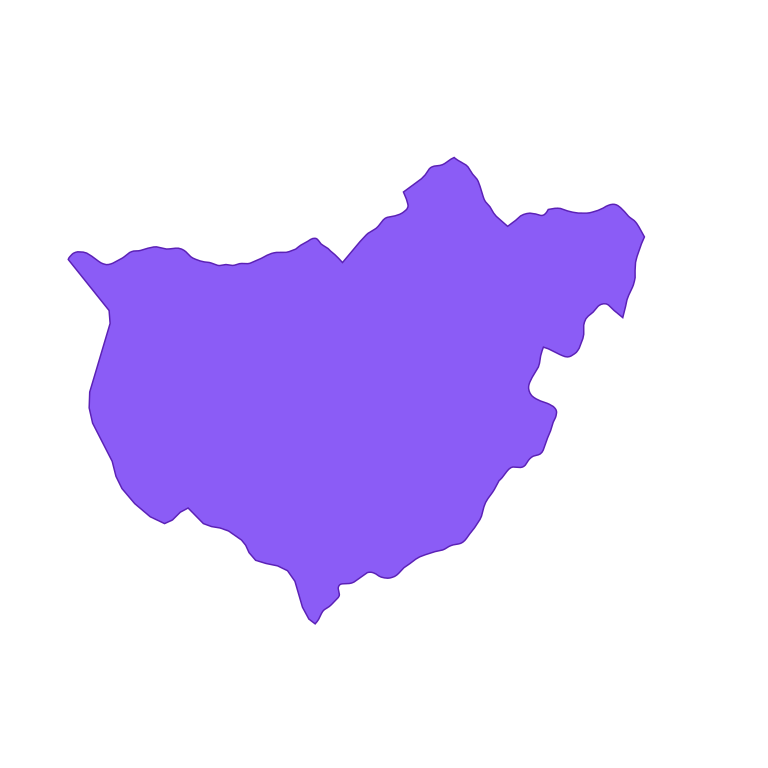 SVG path tracing the border of Severno-Backi, rotated 254°
{"feature_id": "SRB-274", "entity_name": "Severno-Backi", "entity_type": "District", "adm_level": 1, "iso_a3": "SRB", "parent_name": "Republic of Serbia", "parent_adm1": "", "projection": "albers", "projection_center": [19.626, 45.896], "detail": "fine", "context": "isolated", "style": "filled", "palette": "violet", "viewbox_px": 768, "rotation_deg": 254, "n_neighbors": 0, "source": "natural_earth", "source_scale": "10m", "svg_char_len": 4224}
<svg xmlns="http://www.w3.org/2000/svg" viewBox="0 0 768 768"><g transform="rotate(254 384 384)"><path d="M473.2,109.0L517.7,137.4L530.4,140.0L590.7,114.8L591.8,115.6L592.9,117.0L594.7,120.0L595.3,121.5L595.6,123.7L595.5,126.0L593.7,131.2L591.8,134.3L587.4,138.3L580.6,143.5L578.6,145.2L577.0,147.1L575.3,149.9L574.8,152.1L574.7,154.5L574.9,156.8L577.2,167.3L578.0,169.6L580.5,175.7L580.8,177.9L580.8,180.1L579.7,184.7L579.5,186.9L579.6,194.5L579.2,200.4L578.5,203.2L573.7,212.1L573.0,215.0L572.0,221.0L571.2,223.8L569.5,226.6L567.8,228.4L565.9,229.9L559.7,233.3L557.8,234.9L555.7,237.4L552.9,241.3L550.8,245.1L549.0,249.5L547.9,251.3L543.9,256.8L543.3,258.2L543.1,259.1L542.4,265.0L539.7,271.1L539.4,273.1L539.5,278.2L539.1,280.4L537.2,286.3L537.0,288.5L538.6,300.7L540.0,307.1L540.5,312.0L540.4,314.6L540.1,317.0L537.5,326.4L537.4,329.3L538.0,336.3L539.4,339.6L540.4,342.3L542.2,350.0L543.2,353.3L543.5,355.7L543.1,357.8L542.6,358.8L541.8,359.6L540.1,360.5L536.0,362.1L534.1,363.6L529.6,367.6L526.5,369.3L521.9,372.4L517.3,375.0L512.2,377.6L527.5,400.2L532.3,408.2L533.3,410.3L535.2,417.3L535.9,419.5L537.2,421.9L542.0,428.6L543.0,430.9L543.3,433.0L542.6,440.9L542.8,445.9L543.3,448.3L543.8,449.9L545.1,452.9L545.9,454.3L547.6,455.8L549.2,456.4L551.0,456.5L555.5,456.5L563.2,455.6L571.0,476.6L573.7,481.3L578.3,486.8L579.1,488.4L579.5,490.1L579.6,492.3L578.7,498.0L578.7,500.6L579.2,503.1L581.7,510.3L582.4,513.9L581.3,514.6L578.9,516.5L571.9,523.2L569.5,524.6L561.4,527.0L555.4,529.8L552.9,530.4L547.5,530.8L536.4,531.0L533.7,531.2L531.2,531.8L525.2,534.7L518.1,536.5L514.3,538.1L501.5,546.3L505.0,555.6L507.9,561.6L508.5,564.9L508.5,568.2L508.0,571.4L505.6,576.7L502.9,581.0L502.4,582.5L502.5,584.4L503.3,586.2L504.5,587.9L506.5,590.0L505.8,596.5L505.1,599.4L504.1,602.0L499.8,608.1L497.1,612.8L494.7,618.0L492.4,625.8L491.9,628.7L491.8,631.5L491.9,637.5L492.7,643.2L493.6,646.5L493.9,648.9L494.0,651.2L493.7,653.5L493.1,655.2L492.2,656.7L491.0,658.0L488.3,660.0L483.4,662.7L478.0,665.2L476.4,666.2L472.2,669.5L470.5,670.4L468.6,671.2L464.5,672.4L453.6,674.9L447.9,670.2L437.0,662.5L434.5,661.0L431.5,659.3L429.2,658.5L423.8,656.6L417.0,654.7L413.9,653.1L410.6,651.1L408.5,649.5L401.9,643.7L398.0,640.8L391.8,637.5L382.0,631.8L391.3,625.4L398.1,621.5L399.7,619.8L400.6,617.3L400.7,614.6L400.2,612.4L399.6,611.0L395.5,604.9L393.0,599.1L391.1,596.1L388.3,593.8L385.5,592.2L376.7,589.7L372.9,587.7L364.6,581.5L362.9,579.6L361.4,577.6L360.5,575.4L359.4,571.7L359.2,570.1L359.4,568.0L360.4,565.6L362.0,563.4L363.9,561.1L372.6,551.6L375.5,547.4L372.8,545.4L368.0,542.4L361.1,539.2L357.8,537.1L349.5,528.2L345.5,524.6L343.3,523.1L341.6,522.3L339.9,521.8L337.5,521.6L335.2,521.8L333.4,522.3L331.7,523.0L329.7,524.4L327.7,526.2L324.6,529.7L320.5,535.5L319.0,537.3L315.6,540.6L313.5,541.7L312.0,542.2L310.3,542.3L308.9,542.0L306.0,540.6L304.5,539.6L300.6,536.1L293.2,531.3L287.0,526.3L276.5,518.8L274.8,517.0L273.7,514.9L273.4,512.9L273.5,507.7L272.9,505.5L272.0,503.6L270.8,501.8L267.1,497.5L266.4,496.0L266.0,494.4L266.1,492.3L268.7,485.0L268.6,482.9L267.6,480.3L265.9,477.7L261.4,471.7L260.0,469.3L259.5,468.1L252.2,461.0L249.9,458.4L245.2,452.3L242.1,449.0L238.4,446.2L230.1,441.3L227.3,438.9L220.9,431.5L216.3,425.1L212.8,420.7L211.3,418.5L210.2,416.1L209.7,413.9L209.7,411.7L210.3,406.2L210.2,403.8L209.9,401.6L208.6,396.9L208.3,394.6L208.8,386.9L208.5,376.6L208.0,370.7L206.9,366.3L204.2,359.3L201.9,352.5L197.9,345.8L196.8,343.5L196.1,341.2L195.9,338.8L195.9,336.4L196.3,334.1L197.5,331.0L199.2,328.0L200.9,326.1L203.6,323.9L205.4,321.8L206.3,320.4L206.9,318.8L207.2,317.4L207.3,315.9L207.0,315.2L201.9,300.6L201.6,298.1L201.8,295.6L203.4,288.8L203.5,287.5L203.2,286.1L202.4,285.0L201.3,284.1L200.0,283.6L194.0,283.1L192.8,282.6L191.4,281.2L186.4,272.6L185.2,270.1L183.5,264.4L182.3,262.4L180.6,260.6L175.8,256.3L174.0,254.1L172.4,251.7L178.7,247.0L191.9,244.1L218.9,244.0L231.1,239.8L238.5,231.6L244.0,221.1L249.9,212.0L259.1,207.8L267.1,206.6L273.3,204.0L285.6,194.0L290.8,186.7L294.5,178.9L299.6,171.9L318.8,161.5L316.9,152.8L311.6,143.2L310.3,134.6L320.8,122.7L337.7,111.4L355.7,103.3L369.1,100.9L384.6,101.4L426.7,93.1L442.3,94.0L457.4,98.9L473.2,109.0Z" fill="#8b5cf6" stroke="#5b21b6" stroke-width="1.5"/></g></svg>